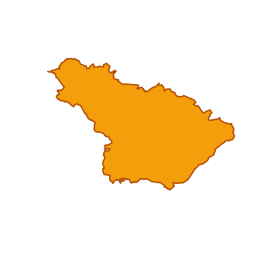 Stoenesti, Vâlcea, Romania (Mercator projection), rotated 118°
{"feature_id": "2599482B56016323731525", "entity_name": "Stoenesti", "entity_type": "district", "adm_level": 2, "iso_a3": "ROU", "parent_name": "Romania", "parent_adm1": "Vâlcea", "projection": "mercator", "projection_center": [24.166, 45.143], "detail": "fine", "context": "isolated", "style": "filled", "palette": "amber", "viewbox_px": 256, "rotation_deg": 118, "n_neighbors": 0, "source": "geoboundaries", "source_scale": "gbopen_adm2", "svg_char_len": 5761}
<svg xmlns="http://www.w3.org/2000/svg" viewBox="0 0 256 256"><g transform="rotate(118 128 128)"><path d="M128.7,207.7L128.8,206.7L129.4,206.0L130.1,204.6L131.0,204.6L131.5,205.5L131.9,205.8L133.7,205.9L134.1,205.8L134.5,204.7L135.3,203.9L135.3,201.9L135.5,200.7L135.0,199.7L134.8,198.1L134.2,197.2L134.2,196.6L134.6,195.9L134.4,195.6L133.5,195.3L133.6,192.5L134.0,190.0L134.6,188.2L134.7,186.0L132.3,185.6L130.7,184.8L130.6,184.1L130.8,182.0L130.5,181.0L130.3,180.6L135.5,172.7L135.6,172.4L135.0,171.8L135.2,171.2L136.1,170.8L138.3,167.2L138.4,166.2L138.2,166.1L138.3,165.8L138.7,164.9L138.1,164.4L138.3,163.6L138.2,161.4L138.6,160.6L138.6,160.0L138.9,159.6L140.4,159.0L141.2,159.0L144.1,157.4L145.1,157.4L146.0,156.0L146.3,154.7L146.0,153.9L146.0,153.1L145.2,151.7L144.9,150.5L144.9,150.0L144.5,149.2L144.3,148.0L144.4,146.5L145.4,145.3L145.7,144.3L145.7,142.8L145.0,142.5L145.3,140.0L145.9,139.7L146.5,139.0L146.7,137.7L147.0,136.5L148.7,135.5L149.6,135.6L150.4,136.2L150.8,136.4L151.6,137.3L152.3,137.2L152.8,138.4L153.3,139.0L153.4,139.6L154.4,140.3L155.1,139.4L156.1,139.2L156.2,137.9L156.4,137.6L155.8,136.1L155.6,135.1L154.8,134.3L154.9,134.0L155.9,134.4L156.9,134.1L158.0,135.1L158.2,136.2L157.8,137.3L157.9,138.3L158.5,137.7L159.4,137.5L160.9,137.7L162.1,137.2L163.6,136.8L163.4,136.2L164.0,135.8L164.4,135.1L165.8,134.2L169.0,134.3L171.7,133.3L173.7,131.0L174.7,130.3L175.4,131.0L176.2,130.9L178.4,129.5L180.2,127.2L178.9,123.7L178.8,122.1L178.4,121.5L181.2,120.5L182.2,119.8L183.2,118.0L182.9,116.6L183.8,115.7L182.9,115.0L181.8,115.3L180.9,115.2L179.9,114.3L179.1,114.1L178.8,113.6L178.9,112.3L178.6,111.7L177.5,111.6L176.8,110.4L175.1,109.5L175.0,109.0L176.4,109.5L178.7,110.9L179.1,110.1L179.9,109.4L180.1,109.1L180.0,108.6L179.7,108.6L178.0,109.8L177.2,108.6L177.6,108.3L176.9,106.8L174.7,107.8L174.4,107.2L173.9,106.9L173.9,106.7L174.6,106.1L174.3,105.8L174.1,105.0L173.3,104.5L173.4,104.0L173.0,103.4L172.9,102.7L173.7,101.3L174.4,100.8L174.4,99.8L174.9,99.7L174.7,99.0L174.2,98.7L174.0,98.2L173.5,98.2L173.4,97.8L172.9,97.2L172.9,96.5L171.9,96.2L171.8,95.2L171.3,94.4L170.4,94.3L169.8,94.0L169.3,94.0L168.5,93.5L167.3,93.2L167.0,92.7L166.6,92.6L165.9,89.9L165.4,89.7L165.2,89.0L164.4,88.6L164.4,87.4L164.0,86.3L163.9,85.7L164.2,82.3L163.9,81.1L163.0,79.2L162.4,76.6L161.3,74.6L160.9,73.3L161.6,70.0L161.4,68.6L163.0,68.3L162.6,66.7L162.7,65.3L163.1,65.3L163.1,63.9L162.8,63.3L162.9,61.9L160.4,61.1L157.7,59.9L157.0,60.7L157.2,61.2L156.5,61.5L155.8,61.4L154.9,62.4L154.4,60.4L153.9,59.0L152.8,57.6L152.5,56.7L151.3,55.2L150.3,53.4L148.0,52.4L146.2,51.1L141.0,50.3L139.3,50.4L137.5,50.0L133.4,49.9L129.0,48.3L127.7,48.3L126.3,47.1L124.2,44.8L122.6,44.4L121.6,43.4L119.0,42.6L115.5,42.6L113.6,41.0L111.2,39.7L109.0,40.2L107.8,40.1L106.7,40.6L104.9,40.8L102.6,39.5L101.6,39.3L100.3,38.5L99.7,38.5L98.0,37.7L95.8,36.4L93.0,35.4L92.2,34.0L92.0,32.9L91.1,32.8L90.1,31.1L89.3,30.5L86.3,30.1L85.2,30.4L82.2,33.4L80.6,33.5L78.6,34.7L76.8,37.9L75.5,38.6L75.7,39.0L76.3,39.3L76.6,40.3L77.3,41.6L77.5,42.5L77.2,43.2L77.7,44.1L78.1,45.6L77.8,47.7L78.0,48.2L77.9,49.7L76.9,50.8L76.8,51.3L76.4,51.3L76.0,51.8L78.3,53.2L78.7,53.6L78.9,54.6L79.6,55.1L80.2,56.0L80.5,56.1L80.9,57.0L81.8,57.6L82.1,58.2L82.6,58.7L82.8,60.7L81.0,61.8L78.8,61.2L77.2,61.9L75.2,61.1L73.9,63.5L73.6,63.7L74.2,64.6L76.0,66.1L76.4,66.7L79.0,67.9L79.2,68.9L77.8,72.4L76.6,74.2L75.5,76.6L76.2,76.7L76.4,77.1L76.6,79.6L76.3,81.3L74.8,81.0L73.8,80.0L73.2,81.1L72.3,82.3L72.3,83.5L72.7,84.8L72.6,85.3L72.2,85.6L72.8,86.8L73.1,92.7L73.5,94.3L75.3,95.1L75.5,96.0L76.1,97.0L76.2,97.9L76.9,99.1L76.7,100.5L75.8,102.1L75.0,102.7L74.9,104.2L75.5,104.8L75.4,105.2L75.0,105.5L75.3,106.6L74.7,107.9L73.9,108.8L73.8,109.2L74.3,110.0L74.8,110.4L75.4,112.1L75.9,112.3L76.2,112.9L76.9,113.5L77.9,113.3L76.9,114.5L75.1,115.8L74.9,116.7L74.6,117.1L74.8,118.1L74.2,118.6L75.7,120.1L75.3,120.9L74.5,121.3L74.1,121.8L75.4,122.0L78.5,123.0L79.1,123.4L79.7,124.5L80.4,124.7L81.7,125.8L82.7,126.0L83.6,127.0L85.0,127.2L86.2,127.9L86.5,128.1L87.1,129.3L87.5,129.5L87.3,129.7L87.2,130.4L87.8,130.6L87.3,131.1L87.2,131.6L86.7,132.0L86.9,132.4L86.5,132.4L86.3,132.6L86.6,133.1L85.6,134.4L86.5,136.3L88.7,137.2L88.7,138.0L88.8,138.1L88.7,138.6L87.8,138.0L85.4,138.8L85.7,140.1L89.7,149.4L91.0,151.9L92.0,153.2L91.2,158.3L90.9,158.8L90.6,158.8L91.0,159.4L90.1,159.5L90.7,161.5L90.9,163.7L90.0,164.4L89.6,164.5L89.7,164.9L89.2,165.0L88.1,165.9L87.1,166.3L86.6,166.4L86.3,166.2L86.1,166.4L86.0,166.1L86.3,165.8L85.5,165.6L85.2,166.0L84.8,165.5L84.2,165.6L83.6,165.3L83.4,165.8L83.4,166.5L84.0,166.4L84.0,167.0L84.2,167.3L87.0,168.4L86.6,168.9L87.5,169.9L86.8,172.0L82.7,172.7L81.7,173.1L81.8,174.5L81.0,177.4L82.7,178.4L83.5,179.2L85.6,178.3L86.7,181.3L86.8,181.7L86.6,181.9L87.6,182.7L88.9,184.2L90.0,186.4L90.1,186.9L88.8,187.3L87.9,188.4L88.6,189.2L88.7,189.6L90.5,189.9L91.4,190.4L93.5,190.4L94.7,192.0L94.4,192.1L94.2,192.8L93.0,193.9L93.4,194.6L93.5,195.3L93.5,196.8L93.8,197.7L93.9,199.6L93.5,200.5L92.8,201.3L92.6,201.9L92.1,202.6L91.7,202.9L92.1,204.3L91.9,204.6L92.0,205.5L91.6,206.2L92.3,207.6L92.6,208.9L93.5,209.0L93.6,211.2L94.4,212.3L95.1,213.8L95.6,214.1L95.7,214.5L96.4,214.5L96.8,215.2L98.9,215.5L101.4,216.6L101.5,217.0L102.1,217.1L102.3,217.3L102.7,217.1L103.6,217.1L105.2,217.6L106.0,217.4L106.7,216.8L106.7,217.4L106.9,217.5L107.2,217.3L107.1,216.4L107.7,216.2L107.7,216.6L108.4,217.3L108.7,218.0L110.0,218.9L112.7,221.9L114.9,223.2L115.6,224.8L115.4,225.9L115.7,224.6L114.2,220.9L114.7,219.8L113.9,218.8L115.1,217.1L117.0,215.1L117.1,213.5L117.6,212.3L119.0,209.8L120.1,207.5L120.6,205.9L121.5,204.6L121.7,203.8L122.0,203.4L126.4,204.5L126.6,205.0L126.4,205.4L126.4,205.9L126.7,206.3L127.3,206.3L127.4,207.6L127.8,207.8L128.7,207.7Z" fill="#f59e0b" stroke="#b45309" stroke-width="1.5"/></g></svg>